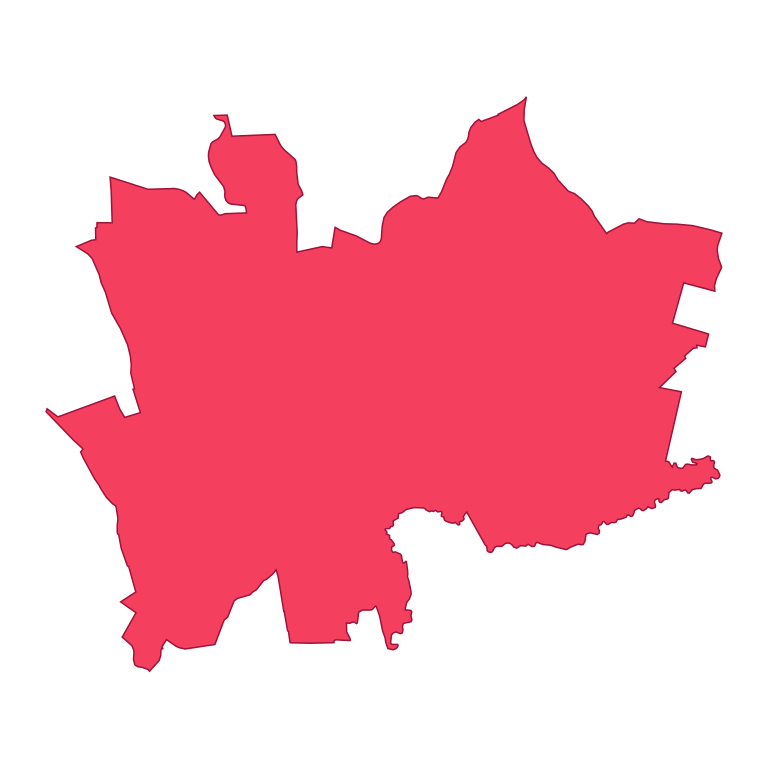 Abramut, Bihor, Romania
{"feature_id": "2599482B23166371444315", "entity_name": "Abramut", "entity_type": "district", "adm_level": 2, "iso_a3": "ROU", "parent_name": "Romania", "parent_adm1": "Bihor", "projection": "albers", "projection_center": [22.27, 47.34], "detail": "fine", "context": "isolated", "style": "filled", "palette": "rose", "viewbox_px": 768, "rotation_deg": 0, "n_neighbors": 0, "source": "geoboundaries", "source_scale": "gbopen_adm2", "svg_char_len": 6098}
<svg xmlns="http://www.w3.org/2000/svg" viewBox="0 0 768 768"><path d="M687.5,492.8L689.2,493.2L692.3,489.6L697.1,488.6L701.0,488.5L703.6,484.0L705.5,483.2L710.1,483.2L711.7,482.7L712.0,481.5L710.7,478.9L710.9,477.6L712.6,477.3L715.6,478.9L718.0,478.4L719.4,476.9L719.9,475.0L717.5,470.0L714.7,468.6L713.7,467.5L713.9,464.3L714.6,462.3L713.7,460.7L710.6,460.7L710.3,459.1L710.5,457.0L708.5,456.0L707.4,456.2L703.4,458.5L700.1,459.3L696.0,459.7L692.0,458.4L691.3,459.3L692.7,462.2L697.0,463.5L696.5,464.9L691.8,464.9L687.7,464.1L685.6,464.4L682.7,468.2L680.6,468.3L678.0,467.7L676.7,466.0L675.9,463.2L674.1,463.1L672.2,467.2L668.7,461.7L665.5,461.1L681.4,391.8L659.5,387.6L676.0,371.6L673.9,368.4L685.8,358.3L684.5,356.1L693.3,348.2L697.0,347.8L696.6,345.2L705.4,346.9L708.6,334.0L672.5,323.2L683.7,282.9L714.9,291.2L714.5,285.7L716.3,278.8L721.4,267.9L721.5,266.7L718.4,258.3L717.2,249.9L717.7,245.5L721.9,233.2L711.1,230.0L692.7,225.6L676.5,224.1L664.2,223.8L646.7,221.7L639.1,218.8L634.3,223.2L628.6,222.8L623.6,224.1L608.0,232.2L606.7,233.7L594.3,216.1L592.3,211.3L588.5,206.2L580.9,198.6L574.5,193.6L568.3,191.2L558.0,180.0L553.9,173.2L549.1,168.5L541.7,163.0L536.8,157.2L533.8,151.5L530.9,144.0L523.9,120.5L524.2,109.9L526.4,96.8L524.2,99.8L517.4,104.5L498.1,114.3L498.5,115.1L481.2,121.5L478.8,119.4L475.2,122.0L470.8,127.5L468.9,132.5L468.4,136.6L467.6,139.3L465.9,142.4L459.9,147.0L456.1,152.5L452.6,166.2L449.5,174.0L446.5,179.3L441.5,191.8L438.0,198.0L428.1,197.2L423.6,199.0L421.3,198.3L418.6,196.4L416.2,195.6L410.5,196.2L400.9,201.6L392.8,207.3L387.3,212.3L384.0,217.5L382.2,226.4L381.3,238.9L380.3,241.6L378.6,243.1L376.6,243.9L373.9,244.1L370.2,243.2L356.4,236.0L340.5,230.3L335.1,227.3L331.7,247.9L322.2,246.6L296.8,252.1L296.8,241.8L297.2,233.2L295.8,204.8L296.7,200.5L298.2,198.4L302.9,194.9L301.6,190.6L298.2,184.4L296.8,173.3L296.6,166.1L295.9,161.2L295.0,159.4L284.1,149.7L280.8,145.8L275.1,134.4L232.0,136.2L227.2,115.1L213.9,115.5L215.6,118.3L216.7,119.0L223.0,120.9L224.4,122.0L225.4,124.1L225.5,126.8L220.0,136.8L218.0,138.9L212.6,141.8L210.9,143.9L208.6,152.3L208.4,156.1L209.1,161.6L210.9,166.7L214.6,174.6L223.6,186.5L225.0,191.6L224.7,195.3L225.1,198.1L226.0,200.4L228.0,202.7L230.5,204.0L245.0,205.6L246.0,208.7L246.5,212.9L225.1,213.7L220.6,215.2L218.6,214.9L199.6,192.2L196.9,194.9L194.3,199.3L186.3,192.5L183.8,191.0L178.8,189.3L174.4,188.5L148.0,189.3L110.1,177.1L111.2,191.4L112.2,222.8L97.0,222.7L96.9,227.6L95.5,228.0L95.8,239.7L91.3,240.3L76.3,246.6L87.5,253.6L92.1,258.4L99.2,274.7L101.1,282.5L105.4,292.2L111.7,313.2L120.7,329.0L127.7,345.1L130.4,356.4L131.3,364.7L130.8,373.2L134.5,388.8L133.0,389.2L140.4,412.6L124.7,417.4L119.6,408.8L114.6,396.0L58.7,416.6L57.3,416.5L47.1,408.8L46.1,411.7L73.4,440.1L82.2,448.2L82.8,449.2L80.6,452.0L83.3,458.0L94.6,478.9L98.9,484.9L100.7,488.5L106.4,497.4L112.7,503.9L115.5,505.7L116.2,507.5L117.9,518.5L117.2,525.8L117.3,532.7L117.6,533.9L118.7,534.7L121.2,548.3L127.4,565.9L128.7,566.5L135.8,592.0L120.6,601.9L136.0,612.7L122.2,637.1L131.9,645.7L133.4,649.2L134.0,652.1L133.5,659.3L134.4,663.4L135.1,665.0L137.8,666.7L142.3,667.4L148.1,669.5L149.5,671.2L159.2,660.5L160.8,655.2L160.9,650.3L161.8,648.4L163.2,649.0L162.0,647.5L162.1,646.7L166.5,639.6L176.0,646.2L178.9,647.6L185.0,649.0L214.9,644.5L223.0,623.0L224.3,619.9L227.6,617.3L234.1,600.9L237.8,598.3L250.2,594.7L252.6,592.1L256.4,589.8L263.9,580.3L266.3,579.5L272.5,574.3L276.1,569.8L278.1,576.5L283.8,611.4L284.2,611.4L287.6,630.9L288.5,631.5L289.9,641.9L290.3,642.8L310.3,643.2L333.9,642.7L334.1,640.7L335.7,639.8L350.0,640.6L350.4,640.0L349.9,638.2L346.7,632.0L346.4,623.1L350.2,623.2L352.6,622.0L354.4,622.2L356.6,623.6L357.2,623.1L357.8,619.5L358.7,612.1L362.5,610.1L371.4,610.0L373.2,608.7L375.0,606.3L375.6,606.2L376.3,606.5L379.6,616.1L382.6,630.9L385.0,637.5L385.8,642.5L387.9,648.6L393.2,649.8L396.1,648.6L397.4,647.2L398.1,645.4L397.7,644.4L392.2,644.4L390.6,643.2L391.5,634.8L393.1,633.0L396.1,631.9L400.3,633.7L402.3,632.9L403.0,630.0L402.4,626.5L403.4,623.4L411.1,621.7L411.9,619.9L410.9,615.7L411.8,611.8L410.8,610.4L405.2,609.8L405.3,608.1L406.8,602.3L409.3,599.0L411.2,594.1L410.7,589.8L408.7,580.1L407.7,577.6L407.4,575.7L407.8,574.8L407.6,570.7L406.4,561.6L405.9,561.3L403.9,563.2L403.0,562.7L402.2,560.5L401.4,555.3L400.2,554.0L395.5,551.9L392.8,552.3L392.3,551.7L391.5,549.8L391.8,546.9L394.2,545.6L394.2,543.7L391.4,539.9L389.6,538.8L389.6,535.4L386.3,533.9L387.0,532.3L386.8,531.7L385.1,530.0L385.4,528.8L389.6,528.5L390.5,526.9L393.0,525.9L393.5,524.6L393.1,522.6L393.4,520.7L398.1,518.2L398.6,513.7L402.3,512.6L405.9,509.7L407.4,509.2L414.1,507.6L422.7,507.9L424.4,508.2L426.3,510.1L429.5,511.7L431.8,510.8L433.2,511.5L435.4,510.4L437.7,511.9L441.4,511.4L441.9,512.6L441.3,515.1L441.4,516.3L443.7,517.1L444.4,520.0L446.0,521.2L451.1,523.0L454.0,523.1L455.4,522.4L457.9,524.8L458.9,525.0L459.7,524.4L459.4,521.9L462.2,521.0L463.9,519.4L464.0,518.5L463.4,516.7L465.1,513.8L466.8,512.1L485.2,545.0L486.8,546.4L487.2,550.7L488.2,551.7L489.8,552.3L491.3,552.3L492.6,551.4L494.4,547.7L496.4,546.3L501.8,546.3L505.6,543.3L508.2,543.0L510.3,543.5L512.4,545.3L513.9,547.2L516.8,548.1L520.6,545.7L525.6,546.1L528.1,544.3L531.8,546.5L534.1,546.4L535.2,545.0L536.0,542.9L536.9,542.3L542.9,544.5L550.9,545.3L555.9,547.1L566.1,549.6L567.8,549.0L570.3,547.3L578.3,544.1L581.4,544.8L583.2,544.5L584.9,541.4L586.0,534.5L587.6,533.4L590.6,532.9L597.3,534.5L599.2,533.1L599.5,530.9L598.3,528.5L598.4,527.0L599.1,525.3L601.3,524.6L603.0,521.6L604.2,521.6L606.6,524.3L608.1,524.4L611.2,522.5L614.8,522.6L616.1,522.0L617.6,519.3L619.8,519.4L624.5,517.8L626.2,517.1L627.1,515.4L628.2,514.8L630.9,516.4L631.9,516.3L632.9,515.5L634.8,510.2L638.2,508.3L639.8,508.5L642.0,510.5L643.4,510.6L646.1,509.0L648.0,506.8L651.7,508.6L655.3,507.4L655.5,505.6L654.5,502.4L654.7,500.6L655.5,499.7L658.4,498.5L659.0,498.9L658.9,500.8L659.6,502.1L661.3,502.5L664.3,499.7L667.4,499.0L668.4,498.1L669.0,492.5L672.3,489.7L674.8,490.1L679.7,489.5L680.4,490.8L682.1,491.2L684.1,490.2L685.7,490.2L686.7,491.0L687.5,492.8Z" fill="#f43f5e" stroke="#9f1239" stroke-width="1.5"/></svg>